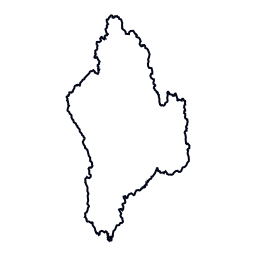 outline of Puta-O, Kachin, Myanmar
{"feature_id": "60261553B82845282425117", "entity_name": "Puta-O", "entity_type": "district", "adm_level": 2, "iso_a3": "MMR", "parent_name": "Myanmar", "parent_adm1": "Kachin", "projection": "equal_earth", "projection_center": [97.732, 27.257], "detail": "fine", "context": "isolated", "style": "outline", "palette": "ink", "viewbox_px": 256, "rotation_deg": 0, "n_neighbors": 0, "source": "geoboundaries", "source_scale": "gbopen_adm2", "svg_char_len": 5750}
<svg xmlns="http://www.w3.org/2000/svg" viewBox="0 0 256 256"><path d="M186.3,165.4L187.4,162.6L188.7,161.3L188.9,160.3L188.7,156.9L187.6,153.5L188.1,150.8L187.4,149.9L188.0,148.9L189.3,148.3L189.4,145.5L187.7,143.6L186.8,144.1L186.0,143.4L185.6,138.7L185.9,137.8L185.3,134.2L184.6,132.6L185.1,131.3L186.6,130.6L186.2,129.6L186.9,128.4L186.1,127.7L186.1,126.4L187.2,124.9L187.1,124.0L187.7,121.6L187.6,121.0L187.2,120.6L187.3,119.4L185.4,118.4L184.9,116.8L185.3,115.9L185.2,113.8L184.1,113.1L184.3,111.1L185.2,110.7L185.0,109.3L184.1,107.6L184.3,105.4L185.3,104.6L184.9,103.0L185.2,101.7L185.1,100.9L184.1,100.6L183.2,99.0L182.8,98.7L182.0,99.1L181.7,100.6L179.0,99.6L178.4,99.6L178.3,100.3L177.6,100.5L177.3,100.2L177.4,98.7L175.7,93.7L175.3,93.5L174.3,94.5L174.3,95.7L173.8,95.9L173.1,95.4L172.6,95.6L172.1,94.7L169.9,94.3L169.1,92.8L168.2,91.8L167.7,91.9L167.3,92.7L167.8,94.7L167.2,98.0L167.6,100.3L167.3,101.8L165.3,103.0L164.8,104.8L163.6,105.7L162.0,105.0L161.2,105.5L160.0,104.5L160.0,103.7L159.4,102.5L159.4,98.8L158.8,97.0L158.9,95.0L158.1,94.6L157.8,92.8L157.3,92.1L156.7,92.3L156.4,91.3L154.7,89.7L154.4,88.5L153.8,88.0L154.0,86.9L154.5,86.2L155.2,85.9L155.3,85.4L154.5,84.4L153.5,83.8L153.4,82.2L153.9,81.0L153.9,79.3L152.6,79.0L151.0,77.6L150.3,75.7L150.7,75.3L151.1,73.8L152.3,73.7L152.3,71.2L151.5,68.1L149.1,67.9L148.1,66.0L147.9,63.5L148.4,62.6L148.6,60.9L148.2,60.2L148.2,59.0L148.9,57.6L149.6,54.2L148.0,50.0L147.0,48.6L145.3,48.0L145.1,46.0L144.2,45.0L142.4,45.2L142.6,46.1L141.2,46.3L139.9,44.7L139.6,44.0L140.1,42.0L140.7,41.4L139.8,39.0L138.6,37.5L137.4,37.4L136.3,36.7L136.2,36.2L136.8,35.5L136.7,34.9L136.4,34.4L136.0,34.5L135.3,34.0L133.2,30.8L130.6,31.0L129.2,32.2L129.0,34.1L125.8,33.8L125.5,31.7L124.2,30.1L123.5,29.8L122.1,28.4L122.0,27.9L122.4,27.0L122.0,25.9L122.2,22.8L121.1,19.5L119.1,18.8L118.8,17.3L117.7,17.1L117.0,16.1L116.5,16.5L115.1,16.2L114.5,17.4L113.3,17.8L112.6,17.5L113.0,16.9L112.3,15.8L111.4,15.4L110.7,15.6L109.7,17.1L109.1,17.4L108.7,18.6L108.0,19.2L108.0,19.5L106.8,19.5L106.6,19.9L106.9,21.9L107.4,23.3L108.1,24.1L106.9,25.2L106.7,26.0L107.1,26.6L106.7,28.0L105.5,29.1L105.5,29.5L106.6,33.1L107.9,34.2L106.8,35.4L105.5,35.4L104.7,36.3L104.5,37.2L105.3,38.5L104.8,38.5L104.2,39.3L102.3,38.0L101.7,36.9L101.2,37.1L100.2,38.6L101.0,40.7L100.8,41.1L99.2,42.2L97.7,41.8L96.8,42.0L96.6,44.3L97.6,45.5L97.1,47.2L97.3,48.6L96.9,49.7L95.6,50.4L95.2,50.9L95.4,51.7L95.2,52.8L95.8,53.8L95.3,54.0L95.5,55.2L94.8,56.1L94.4,57.3L94.8,57.8L95.9,57.8L96.9,57.1L98.5,60.3L99.6,61.6L99.1,62.7L99.0,64.1L97.7,65.0L97.7,66.3L98.6,67.1L98.0,68.8L98.3,69.3L99.3,69.5L99.1,70.1L98.3,70.4L98.6,72.2L97.8,73.9L94.8,72.5L94.9,71.8L93.4,70.2L91.9,71.2L91.2,71.1L90.0,71.6L89.3,73.2L84.6,78.0L84.6,78.6L84.1,79.3L82.7,79.7L82.5,80.4L80.2,83.0L80.1,84.6L79.7,85.6L77.9,84.7L77.0,85.5L76.6,85.1L75.1,85.8L74.6,86.5L74.4,88.0L73.2,90.1L72.8,91.6L72.3,91.6L71.6,92.6L70.4,92.3L69.3,92.5L69.4,93.7L69.0,94.9L68.4,95.0L68.4,95.9L66.7,96.6L66.6,97.1L67.6,99.0L67.0,100.4L68.0,101.2L67.8,102.2L68.3,103.4L68.2,105.0L69.1,105.7L68.0,107.5L67.5,110.2L67.6,110.7L69.4,112.3L69.6,113.6L71.4,115.0L71.6,116.4L71.4,117.2L72.6,119.7L73.3,120.0L73.8,122.3L75.7,123.4L76.6,125.4L77.4,126.0L77.3,126.8L79.6,129.4L79.8,131.6L81.7,133.6L82.0,134.9L83.4,136.1L83.7,137.1L84.4,137.7L84.6,138.4L84.3,139.4L83.7,140.0L82.8,142.1L83.7,144.6L85.0,146.4L85.0,147.9L86.4,148.7L86.7,149.5L87.5,150.2L88.8,155.8L90.2,157.6L90.1,159.3L90.4,160.4L90.1,160.9L91.7,162.2L92.1,163.0L92.0,164.8L92.5,165.8L91.7,167.3L91.1,167.7L90.9,167.3L89.2,167.6L88.5,168.7L89.3,170.5L89.2,173.9L90.8,175.1L90.7,176.8L89.3,178.1L87.7,177.7L86.9,177.0L86.4,178.0L85.5,178.5L85.2,179.9L85.5,181.1L85.2,182.4L85.8,182.9L85.9,184.0L87.5,187.3L87.4,191.2L88.5,193.9L87.9,194.8L87.7,196.3L88.2,200.5L87.3,203.8L88.8,205.7L88.9,206.6L87.9,208.0L87.6,210.1L86.6,212.4L85.7,212.7L85.1,213.4L85.4,215.9L84.9,217.0L85.4,217.1L86.7,219.3L86.4,219.7L86.7,220.9L87.3,221.6L88.9,221.5L91.2,223.0L92.0,222.3L92.7,222.9L92.6,224.2L92.9,225.6L94.7,227.9L95.5,231.2L95.9,231.7L95.9,232.5L96.7,233.4L97.1,232.9L97.8,233.2L98.8,235.0L99.6,234.3L99.8,231.9L101.4,230.9L102.8,231.2L104.5,232.4L105.4,231.6L105.5,231.8L106.1,231.5L106.7,231.8L107.0,233.0L107.8,233.5L107.5,234.5L107.9,234.5L107.7,234.8L108.3,235.7L108.0,236.3L108.3,236.7L108.0,237.9L107.8,237.9L108.2,239.0L107.9,239.5L108.8,240.3L108.8,239.6L109.3,239.5L109.9,240.4L110.9,240.6L111.4,240.4L111.6,239.2L111.1,238.2L110.2,238.0L110.1,237.4L110.3,236.9L111.2,236.6L112.0,237.4L112.6,236.7L112.9,235.7L112.8,234.7L113.4,231.2L115.1,229.5L116.7,225.4L119.1,225.1L120.3,223.0L121.9,222.9L122.8,222.0L123.0,221.5L122.3,219.3L122.4,218.3L121.2,217.3L120.4,215.6L121.2,213.5L119.0,209.7L119.3,209.3L121.2,208.9L122.4,210.3L123.2,209.1L123.4,206.4L122.6,205.3L122.4,204.2L123.1,203.6L124.8,203.1L125.2,202.8L125.3,202.2L125.0,199.9L123.7,197.6L123.6,196.6L125.1,196.1L126.5,198.1L126.8,198.1L127.6,197.5L127.8,196.1L128.9,194.4L131.3,193.3L133.9,195.2L134.5,194.7L135.2,192.5L136.4,190.4L138.6,190.0L139.3,190.5L139.8,190.4L140.6,189.9L141.3,188.5L142.4,188.3L142.6,187.3L143.7,187.4L143.6,187.0L144.1,186.4L144.9,186.7L144.9,185.8L145.3,185.9L145.4,185.3L145.8,185.1L145.9,184.3L146.3,183.8L146.6,184.0L146.5,182.7L146.8,182.9L147.1,182.3L147.6,182.2L148.1,181.5L147.9,180.9L148.4,181.0L149.5,179.3L150.9,178.8L151.5,177.8L151.5,176.7L152.8,176.3L154.9,173.3L157.1,168.1L157.5,168.2L158.2,171.1L159.7,171.1L160.2,172.5L160.6,172.8L163.3,172.5L163.9,173.1L164.5,171.9L165.3,171.8L165.6,171.4L166.9,173.1L167.0,173.8L168.7,174.7L169.5,174.5L171.8,174.8L173.0,174.1L173.7,172.9L175.8,171.1L177.6,170.8L178.9,171.9L180.3,171.8L181.3,170.8L182.5,167.7L182.9,167.3L184.5,167.1L186.3,165.4Z" fill="none" stroke="#020617" stroke-width="2"/></svg>